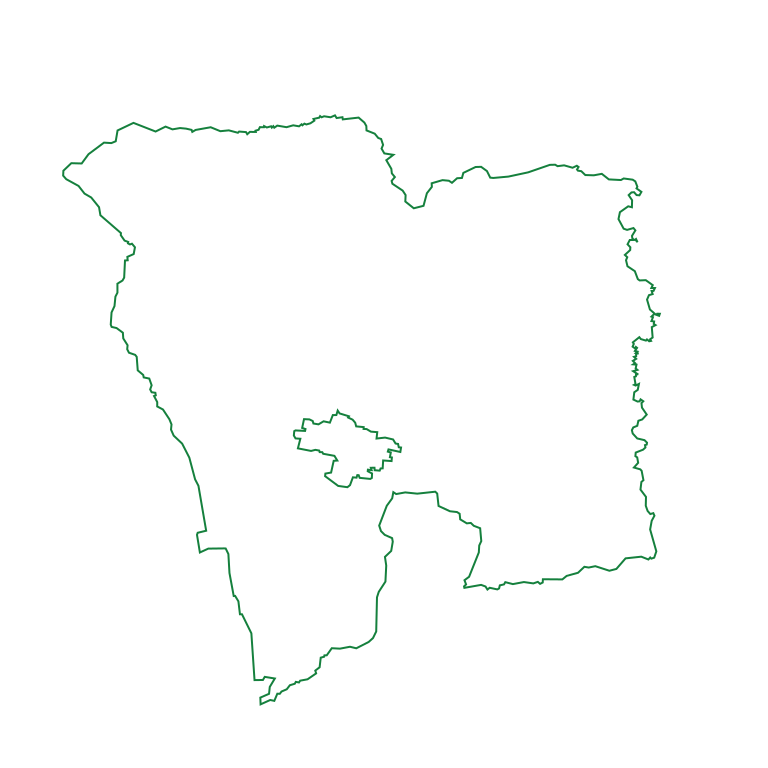 Blitar, Jawa Timur, Indonesia (Robinson projection), rotated 261°
{"feature_id": "22746128B45235083091424", "entity_name": "Blitar", "entity_type": "district", "adm_level": 2, "iso_a3": "IDN", "parent_name": "Indonesia", "parent_adm1": "Jawa Timur", "projection": "robinson", "projection_center": [112.215, -8.132], "detail": "fine", "context": "isolated", "style": "outline", "palette": "green", "viewbox_px": 768, "rotation_deg": 261, "n_neighbors": 0, "source": "geoboundaries", "source_scale": "gbopen_adm2", "svg_char_len": 6159}
<svg xmlns="http://www.w3.org/2000/svg" viewBox="0 0 768 768"><g transform="rotate(261 384 384)"><path d="M544.8,663.9L546.9,661.6L549.5,652.9L548.4,649.9L550.9,638.1L557.5,632.0L557.3,623.9L558.9,615.5L563.3,612.2L564.4,608.9L565.7,608.2L567.9,610.1L569.4,608.6L568.1,604.1L571.8,596.1L572.0,589.5L573.8,587.4L574.5,582.1L570.5,559.5L569.4,539.3L570.4,524.2L571.2,521.2L578.2,519.0L583.3,513.9L584.0,508.4L580.1,495.4L575.3,493.2L575.8,488.4L572.1,482.6L574.6,479.9L576.2,473.7L574.8,462.5L571.2,462.1L565.7,456.2L553.8,450.9L552.9,440.9L560.9,433.6L567.2,434.9L572.1,432.7L580.5,423.6L583.4,423.3L586.7,427.1L590.8,424.7L595.4,424.9L604.7,421.3L608.9,429.1L611.7,420.4L616.9,418.4L620.3,420.5L626.4,419.5L627.9,416.8L632.7,414.0L637.2,406.4L641.6,406.9L645.3,405.5L651.1,400.6L651.8,384.7L654.0,384.7L654.1,378.8L657.0,377.6L655.8,373.0L657.8,366.7L657.2,364.1L658.6,362.8L657.2,361.7L656.8,355.8L655.0,356.4L653.0,352.1L652.5,347.9L653.6,346.1L652.3,343.9L653.4,343.2L651.8,340.4L653.7,334.8L652.9,327.9L655.9,319.0L654.3,315.7L656.0,315.0L654.8,313.3L656.2,312.8L655.7,308.4L657.5,305.9L656.4,305.6L657.1,301.6L654.7,299.9L654.3,296.7L653.0,296.8L654.0,291.0L652.1,288.0L654.4,287.1L656.0,280.4L655.0,279.0L658.8,270.4L659.3,261.9L664.7,253.0L664.4,237.7L663.0,234.1L665.1,233.7L667.2,228.4L668.7,222.6L668.6,214.9L672.4,208.5L669.1,197.9L681.1,177.4L676.1,160.5L665.7,157.0L664.6,152.4L666.2,145.2L657.2,128.1L649.1,119.9L651.0,109.7L644.8,100.7L640.0,99.7L636.0,102.2L627.4,113.3L618.9,118.0L614.0,124.0L603.2,130.2L595.0,130.3L574.2,147.8L572.2,147.3L566.2,150.2L564.3,153.6L563.0,153.1L561.6,154.9L562.0,157.0L558.0,159.4L551.5,157.1L549.7,150.4L546.3,150.2L546.5,147.5L529.7,144.0L527.1,141.9L524.8,136.4L515.9,135.0L512.3,132.4L503.1,130.0L497.3,126.1L485.4,123.4L483.0,123.9L481.1,128.6L475.5,134.1L469.8,133.6L462.4,136.8L458.5,135.8L454.8,137.0L451.7,142.8L449.5,144.0L436.0,142.9L430.6,147.6L428.1,147.7L426.1,153.0L419.1,154.3L415.2,152.2L412.2,153.2L411.1,156.8L408.5,156.8L408.1,155.0L401.6,157.2L397.3,156.5L393.4,161.7L382.8,166.5L377.3,167.8L372.3,166.5L365.9,168.2L356.7,175.3L341.7,180.2L319.4,182.5L312.5,184.8L266.9,185.4L266.2,176.7L264.3,175.7L246.4,175.8L248.9,184.7L246.6,200.5L246.3,201.9L240.4,203.7L221.5,201.8L198.1,202.4L198.0,203.8L192.1,206.2L179.1,205.7L178.8,207.7L158.5,214.0L111.8,209.8L110.6,218.1L113.4,220.4L110.2,230.1L102.7,223.8L96.0,222.0L93.6,212.8L86.9,212.0L89.7,222.2L88.2,226.1L94.8,230.2L94.3,232.6L96.3,234.7L97.7,240.2L101.2,243.9L101.9,249.0L103.6,250.3L102.5,253.3L104.1,254.8L104.3,262.3L108.8,271.7L111.7,271.3L114.3,276.1L123.6,278.7L124.0,282.2L125.3,282.7L125.0,285.0L131.2,291.1L129.5,299.1L129.8,309.3L127.3,315.3L131.6,328.5L134.8,333.4L140.8,337.6L174.4,343.7L179.5,346.3L188.6,354.5L204.3,357.8L213.1,357.9L218.0,365.0L226.9,368.0L230.5,367.9L234.9,361.1L239.2,358.0L244.9,357.1L263.3,367.7L269.8,374.2L275.7,376.3L273.4,378.8L273.6,388.0L270.5,399.7L269.6,417.8L267.5,419.4L255.0,418.8L248.0,429.2L246.1,436.1L244.0,438.4L238.4,438.1L233.4,444.0L233.2,448.0L229.9,450.5L226.5,456.4L213.6,455.5L209.6,452.8L202.8,451.3L180.3,437.9L177.6,432.8L173.2,433.7L171.6,431.4L170.1,431.5L170.4,448.5L168.1,452.6L164.8,454.0L166.2,456.5L163.4,463.8L164.1,465.7L167.0,466.9L167.3,471.2L169.3,472.8L166.2,480.0L166.5,491.2L163.7,500.3L164.5,505.0L162.2,506.9L163.1,509.7L166.3,510.4L163.1,529.6L165.9,534.4L167.2,546.1L172.1,553.3L170.7,557.5L171.0,564.2L164.3,577.4L165.0,584.6L174.0,595.3L173.2,611.1L169.3,617.7L171.0,619.8L169.7,620.7L170.2,623.7L176.1,626.8L198.7,624.1L207.0,627.0L211.6,630.5L214.3,629.8L213.9,626.7L217.4,624.5L222.8,623.5L231.5,625.1L239.6,620.8L247.0,622.9L248.4,625.2L257.9,624.9L259.6,623.8L262.4,617.8L266.4,622.7L271.9,622.6L273.4,621.0L276.9,621.9L278.6,629.6L280.4,632.3L282.8,632.2L283.1,634.0L284.9,634.6L287.8,632.5L290.6,625.6L296.2,621.9L299.6,621.6L302.1,623.4L303.1,627.6L307.9,629.5L308.6,633.5L312.7,638.7L320.3,635.1L324.8,635.3L326.4,637.4L328.7,635.0L326.9,633.8L327.0,631.7L329.6,627.9L336.7,629.9L338.5,633.7L344.2,635.8L343.1,632.3L344.0,630.9L344.5,632.4L351.8,632.3L352.2,634.0L354.4,634.5L353.6,636.6L357.7,632.1L358.3,636.5L360.0,635.0L363.6,636.4L364.4,633.3L365.3,635.3L367.9,633.4L369.4,637.0L371.7,635.2L372.0,637.4L374.4,637.7L374.4,640.3L375.2,637.6L376.4,639.3L377.4,637.0L380.1,639.6L381.2,638.6L379.8,637.6L382.0,635.4L384.5,637.0L386.2,636.3L390.3,643.5L388.2,644.7L385.9,649.5L386.9,650.7L384.7,652.6L384.8,654.5L386.5,653.8L387.9,656.6L398.3,657.4L399.7,661.4L401.1,659.8L403.5,660.6L404.3,658.0L407.9,660.1L408.7,658.7L411.2,662.3L416.0,658.3L426.2,657.0L430.3,659.6L430.8,663.4L434.0,662.9L433.8,664.8L436.4,666.6L437.0,663.1L439.6,664.9L445.6,658.8L446.3,652.7L447.9,651.1L456.2,649.4L462.2,642.9L468.4,642.4L471.2,644.1L473.8,642.1L477.8,648.1L480.5,648.7L483.9,646.4L487.8,649.3L487.1,653.8L488.8,652.1L491.5,652.1L496.4,656.3L499.0,654.8L498.2,648.2L499.9,645.0L510.2,641.4L516.8,643.9L521.3,653.0L519.8,656.5L526.7,657.8L532.3,655.2L534.5,658.4L534.3,661.0L531.1,663.0L530.4,665.8L533.5,668.3L537.7,664.0L539.2,665.1L544.8,663.9ZM347.2,286.9L351.5,288.0L352.0,289.3L350.0,298.7L351.8,299.4L353.4,296.3L361.8,299.5L360.7,304.8L358.6,307.8L356.0,308.1L354.4,313.0L356.6,318.5L354.3,324.5L361.3,328.6L360.8,332.1L365.0,334.1L361.9,335.5L357.6,344.3L356.5,343.3L353.7,347.4L350.3,349.5L346.5,349.9L344.6,357.2L342.8,356.8L342.2,359.8L339.0,363.6L337.5,369.8L331.3,368.1L330.9,376.7L327.8,384.3L323.4,386.1L322.6,388.5L319.2,388.7L318.6,390.9L314.3,389.5L318.7,378.2L316.6,377.2L315.3,380.0L310.8,378.4L310.2,380.3L306.7,379.4L308.6,371.2L300.9,369.5L301.1,367.4L299.1,366.2L300.3,361.3L302.8,361.5L303.3,357.9L300.9,358.3L301.9,354.7L300.4,354.3L297.5,358.2L293.1,357.3L292.4,355.6L295.1,345.3L297.9,344.7L298.2,343.4L295.8,342.2L296.7,338.7L289.4,334.6L287.8,331.7L290.5,322.8L302.2,311.4L304.7,312.1L304.8,317.9L316.0,322.3L315.7,325.9L320.8,323.8L324.6,313.0L326.3,312.4L326.8,309.8L328.4,309.6L329.7,305.9L329.3,301.5L333.9,288.9L343.0,292.8L344.1,288.1L347.2,286.9ZM484.4,656.6L487.8,655.6L487.3,654.8L484.4,656.6ZM410.2,667.4L410.7,664.8L409.8,663.7L408.3,666.4L410.2,667.4Z" fill="none" stroke="#15803d" stroke-width="2"/></g></svg>